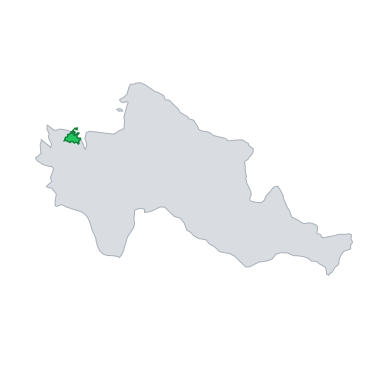 location of Unryul, Hwanghae-namdo, North Korea, rotated 72°
{"feature_id": "82179303B17598108149664", "entity_name": "Unryul", "entity_type": "district", "adm_level": 2, "iso_a3": "PRK", "parent_name": "North Korea", "parent_adm1": "Hwanghae-namdo", "projection": "albers", "projection_center": [125.137, 38.511], "detail": "fine", "context": "in_parent", "style": "filled", "palette": "green", "viewbox_px": 384, "rotation_deg": 72, "n_neighbors": 0, "source": "geoboundaries", "source_scale": "gbopen_adm2", "svg_char_len": 5164}
<svg xmlns="http://www.w3.org/2000/svg" viewBox="0 0 384 384"><g transform="rotate(72 192 192)"><path d="M231.9,281.3L230.6,282.2L228.3,286.6L226.2,292.1L224.1,295.2L221.6,296.9L219.0,298.0L213.6,298.6L208.7,298.3L207.1,297.8L200.4,298.3L198.5,298.7L188.8,298.6L183.8,299.1L180.6,300.3L177.4,302.6L174.7,306.0L172.3,309.6L167.3,316.2L163.8,319.5L163.9,324.1L163.8,325.5L162.6,326.5L162.2,326.0L160.1,325.7L151.8,321.6L145.0,324.3L143.4,327.7L141.6,328.8L138.8,322.2L134.4,322.1L127.3,316.4L124.3,317.6L123.6,319.9L119.8,325.2L114.4,329.6L112.7,330.2L110.7,329.9L110.9,328.7L108.7,323.8L100.2,321.8L97.2,319.7L95.6,319.2L103.9,313.8L106.1,312.8L104.5,311.5L102.7,310.9L95.9,311.7L92.3,309.9L87.2,310.5L83.6,309.0L91.0,303.7L91.4,300.5L91.3,298.1L95.1,291.0L98.9,287.0L108.6,281.4L112.9,280.6L115.9,280.9L118.5,280.3L115.8,278.2L113.2,277.2L108.2,277.4L102.9,274.2L102.5,270.8L112.5,249.3L112.7,247.4L111.1,242.2L110.6,237.1L103.4,234.1L100.2,233.8L91.0,228.0L87.3,225.1L85.9,226.0L85.6,230.6L84.3,231.6L81.9,232.5L80.7,227.2L78.7,223.4L72.7,219.5L70.5,217.4L71.6,212.8L71.1,212.4L72.1,207.2L75.8,203.2L85.0,196.2L87.3,192.9L91.9,189.0L94.0,189.1L96.2,188.8L96.8,187.1L97.3,185.7L99.2,184.5L103.6,182.3L108.6,179.5L112.6,178.7L117.5,174.4L119.5,172.5L121.5,172.5L122.0,171.7L123.2,169.4L124.7,168.0L126.9,167.7L130.4,166.6L134.9,166.0L137.9,162.4L138.9,159.8L140.8,157.0L145.0,153.9L147.9,149.3L151.0,144.3L152.6,142.7L154.1,142.4L154.9,140.5L155.9,135.3L157.3,130.2L158.1,127.8L161.8,125.1L162.7,123.8L163.5,123.4L165.2,123.7L167.5,122.1L169.6,120.4L171.6,120.9L173.7,122.3L175.8,125.1L176.8,127.3L178.5,129.1L178.9,131.8L180.5,133.0L184.1,133.5L189.9,135.2L193.6,135.2L195.8,136.6L200.3,137.2L209.2,135.9L212.9,136.4L214.4,138.0L216.7,139.3L218.2,139.3L220.1,137.0L222.1,133.1L223.4,130.2L223.2,127.9L222.0,125.5L218.9,123.3L216.9,119.8L215.0,116.2L213.8,115.0L212.9,113.2L212.6,110.5L213.2,108.6L217.6,107.3L223.2,106.4L227.8,107.0L235.5,106.2L240.1,105.0L243.6,105.0L246.8,104.8L248.1,103.2L252.4,99.2L254.5,97.8L256.8,95.1L257.1,92.4L257.4,90.2L258.7,87.9L260.9,84.9L262.8,83.5L265.0,83.6L267.4,84.8L268.9,86.0L270.6,85.5L271.9,83.2L272.7,82.8L275.4,82.4L276.2,81.0L276.9,74.3L277.6,69.1L277.6,65.4L279.7,59.3L280.2,55.6L281.6,53.8L283.2,53.9L284.6,54.9L286.3,55.4L288.6,54.7L290.2,55.5L291.3,57.4L294.8,58.6L295.2,59.5L295.4,66.1L297.5,69.1L300.1,71.7L303.6,74.0L305.5,74.5L306.7,76.2L307.9,79.3L310.5,82.2L311.9,84.3L312.3,86.6L313.5,87.8L311.7,89.4L309.0,88.6L304.7,88.4L299.6,93.2L296.6,94.9L294.7,99.5L290.6,102.4L288.4,105.3L285.6,110.3L283.9,115.1L279.5,120.1L277.1,126.3L277.2,131.4L280.5,136.6L280.9,141.1L279.3,150.4L281.0,160.2L279.9,164.1L265.9,171.5L262.3,175.1L257.4,184.0L251.0,187.6L247.2,191.3L241.7,193.6L238.4,199.9L234.6,203.6L230.0,205.8L226.6,208.7L218.8,209.1L213.4,211.2L209.6,216.5L197.9,222.7L196.4,227.1L197.4,234.0L197.6,239.2L196.7,243.5L194.0,242.4L192.7,243.8L191.2,247.9L191.8,252.4L195.9,253.7L199.3,255.5L204.0,256.3L207.6,258.3L215.3,267.7L221.5,271.7L223.1,273.2L226.7,275.2L230.0,278.4L231.9,281.3ZM92.5,236.6L90.2,238.0L90.1,235.4L91.8,233.2L93.6,232.9L92.5,236.6Z" fill="#d9dde1" stroke="#a8b0b8" stroke-width="1"/><path d="M108.3,289.2L108.9,288.9L108.9,288.6L108.9,287.8L108.9,287.4L108.9,286.8L109.3,286.3L109.8,285.8L110.2,285.7L110.7,285.6L111.2,285.3L111.0,284.7L110.5,284.4L109.9,284.3L109.3,284.2L108.8,284.0L108.5,283.7L108.4,283.7L108.2,283.5L108.0,282.4L107.8,282.2L107.4,282.2L107.1,281.9L106.8,281.9L107.0,281.6L106.8,281.4L106.5,281.6L106.3,281.6L106.2,281.8L106.1,282.2L106.1,282.5L106.0,282.9L105.8,283.4L105.6,283.8L105.2,284.1L104.9,284.2L104.5,284.3L104.1,284.5L103.5,284.5L103.1,284.3L102.8,283.9L102.7,283.7L102.3,283.5L102.2,283.0L101.8,282.6L101.7,282.1L101.5,281.9L101.3,281.4L101.1,281.3L100.8,281.7L100.7,281.7L100.6,281.8L100.5,282.2L100.7,282.4L100.6,282.6L100.7,283.0L101.1,283.0L101.0,283.5L101.3,283.9L101.4,284.2L101.3,284.6L101.5,285.1L101.4,285.3L101.3,285.2L101.1,285.3L101.3,285.6L101.6,285.6L101.8,285.8L101.8,286.0L101.8,286.4L101.7,286.6L101.5,286.4L101.3,286.3L101.2,286.2L100.7,286.4L100.4,286.2L99.9,286.2L99.7,286.0L99.5,286.3L99.6,286.8L99.5,287.4L99.3,287.7L99.3,287.8L99.1,288.0L98.4,287.4L98.0,287.2L97.7,287.3L97.6,287.2L98.0,286.7L98.3,286.5L97.8,286.2L97.7,285.6L97.3,285.9L97.2,285.9L97.0,286.0L96.7,286.0L96.5,285.9L97.2,287.2L97.7,288.4L98.4,289.4L98.9,290.4L99.1,291.2L99.2,291.8L99.1,292.3L99.0,292.5L99.6,292.6L100.3,292.9L100.8,293.2L101.1,293.6L101.1,294.3L100.9,294.8L101.1,295.2L101.3,295.7L101.8,296.1L102.1,296.2L102.5,296.6L103.0,296.9L103.4,297.2L103.7,297.5L103.7,297.2L103.7,296.6L103.9,296.4L104.3,295.7L104.7,295.1L105.3,294.6L105.9,293.9L107.2,292.8L107.1,292.6L106.9,291.9L106.7,291.2L106.7,290.8L106.9,290.4L107.3,290.0L107.8,289.4L108.3,289.2ZM96.2,282.1L95.8,281.3L95.7,281.3L95.6,281.8L95.8,282.1L95.6,282.4L95.7,282.5L95.9,282.8L96.1,282.7L96.1,282.8L96.1,283.2L95.8,283.1L95.6,283.1L95.4,283.4L95.3,283.7L95.5,284.0L95.7,283.6L95.9,283.5L96.1,283.5L96.7,283.2L96.8,283.0L96.7,282.7L97.0,282.1L96.6,282.2L96.2,282.1ZM99.1,285.2L99.3,284.9L99.2,284.8L98.9,284.8L98.8,285.0L99.1,285.2Z" fill="#22c55e" stroke="#15803d" stroke-width="1.5"/></g></svg>